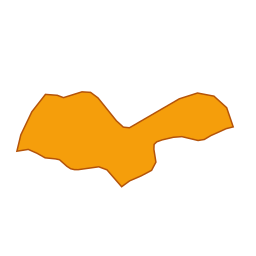 the border of Dire Dawa, rotated 19°
{"feature_id": "ETH-3135", "entity_name": "Dire Dawa", "entity_type": "Administrative State", "adm_level": 1, "iso_a3": "ETH", "parent_name": "Ethiopia", "parent_adm1": "", "projection": "natural_earth1", "projection_center": [42.031, 9.627], "detail": "fine", "context": "isolated", "style": "filled", "palette": "amber", "viewbox_px": 256, "rotation_deg": 19, "n_neighbors": 0, "source": "natural_earth", "source_scale": "10m", "svg_char_len": 673}
<svg xmlns="http://www.w3.org/2000/svg" viewBox="0 0 256 256"><g transform="rotate(19 128 128)"><path d="M227.1,92.7L221.0,96.7L208.8,108.2L203.9,114.0L198.3,117.0L181.8,118.6L173.9,122.0L164.2,128.1L159.7,131.7L158.0,135.0L159.4,139.7L165.5,151.2L164.1,160.3L156.1,168.9L146.8,177.4L141.1,185.6L121.7,174.4L113.0,174.2L94.5,183.6L90.9,184.8L87.1,185.2L82.7,184.1L73.6,180.3L69.5,180.8L59.3,183.2L50.0,181.5L40.7,180.7L30.5,186.1L28.9,169.4L31.8,144.0L39.0,123.1L50.5,120.1L57.1,120.3L72.7,108.8L81.0,106.5L89.8,109.3L114.7,125.0L123.3,128.7L129.3,127.3L167.0,83.7L182.3,72.3L198.9,69.9L214.7,76.7L227.1,92.7Z" fill="#f59e0b" stroke="#b45309" stroke-width="1.5"/></g></svg>